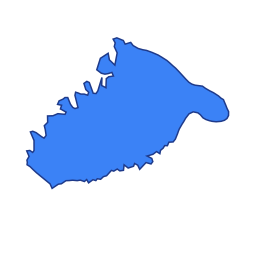 outline of Tiradentes do Sul, Rio Grande do Sul, Brazil, rotated 109°
{"feature_id": "56859067B95685031401719", "entity_name": "Tiradentes do Sul", "entity_type": "district", "adm_level": 2, "iso_a3": "BRA", "parent_name": "Brazil", "parent_adm1": "Rio Grande do Sul", "projection": "albers", "projection_center": [-54.122, -27.357], "detail": "fine", "context": "isolated", "style": "filled", "palette": "blue", "viewbox_px": 256, "rotation_deg": 109, "n_neighbors": 0, "source": "geoboundaries", "source_scale": "gbopen_adm2", "svg_char_len": 2057}
<svg xmlns="http://www.w3.org/2000/svg" viewBox="0 0 256 256"><g transform="rotate(109 128 128)"><path d="M187.1,212.3L191.3,213.1L193.3,212.0L195.6,211.5L196.4,208.0L198.0,204.7L200.1,200.0L206.2,183.5L209.8,180.1L203.8,175.6L202.4,172.8L198.0,169.5L196.8,166.4L195.4,163.4L194.3,158.9L192.8,156.1L192.8,151.8L190.2,150.3L192.7,147.4L188.3,144.3L188.2,141.3L186.0,140.5L185.4,137.2L182.0,135.4L180.1,132.7L173.5,129.9L173.4,127.4L170.3,124.8L171.2,121.8L169.5,118.5L164.1,119.7L165.8,114.8L162.4,110.3L159.4,110.2L160.0,106.7L163.3,103.5L154.8,99.7L154.5,94.5L151.7,93.6L149.0,95.6L148.3,100.9L144.8,95.9L141.0,93.3L141.9,89.5L138.6,90.0L135.6,88.2L132.7,87.6L131.9,85.0L128.1,84.7L126.5,80.8L123.1,79.6L117.4,79.3L114.6,79.3L112.3,79.2L106.6,78.1L103.8,77.4L100.0,76.7L94.7,74.9L91.5,71.6L90.9,66.9L91.9,63.9L94.0,60.4L94.6,57.2L94.6,53.6L94.3,50.6L93.4,46.7L91.4,42.2L89.3,39.3L86.8,37.5L83.5,37.0L79.8,38.2L77.2,40.8L74.7,42.9L72.6,44.8L70.1,47.0L69.5,49.8L68.2,52.9L66.8,58.6L66.2,63.1L65.3,67.6L64.2,71.2L64.8,74.3L65.7,78.7L65.7,82.1L64.9,85.4L63.0,89.2L60.6,93.6L57.8,98.8L55.9,102.5L54.6,105.8L52.9,109.7L51.5,113.2L50.3,118.2L49.2,123.2L48.7,129.9L48.6,135.6L49.2,139.5L49.5,144.3L48.4,150.0L46.2,153.3L49.6,158.0L46.8,160.9L46.4,167.9L48.8,171.0L51.7,167.8L55.5,167.5L60.5,162.7L72.8,160.9L69.6,167.8L63.8,171.1L71.1,176.8L83.1,176.5L84.9,171.1L84.6,167.4L83.1,164.6L80.7,161.3L83.6,158.7L85.8,162.9L88.4,164.6L97.1,162.0L96.4,166.7L88.7,169.1L102.7,168.6L105.8,169.4L106.5,172.2L97.6,179.4L97.3,182.1L100.2,184.2L105.4,180.4L107.0,176.8L110.1,176.8L110.2,180.4L111.3,183.6L111.1,186.7L111.2,189.2L114.4,188.8L125.0,181.9L126.9,184.5L126.5,187.0L124.2,190.2L118.8,194.9L119.7,197.5L121.8,198.8L124.8,202.0L128.6,202.3L128.1,198.2L132.0,198.1L133.1,191.7L135.6,192.0L137.3,199.0L140.9,203.0L142.8,208.0L148.8,205.8L153.1,207.9L156.3,205.8L161.7,203.0L164.9,204.1L164.4,206.8L162.3,213.4L162.1,217.0L163.5,219.0L170.4,212.8L179.9,209.5L182.1,210.2L181.2,213.5L182.6,216.3L187.1,212.3Z" fill="#3b82f6" stroke="#1e3a8a" stroke-width="1.5"/></g></svg>